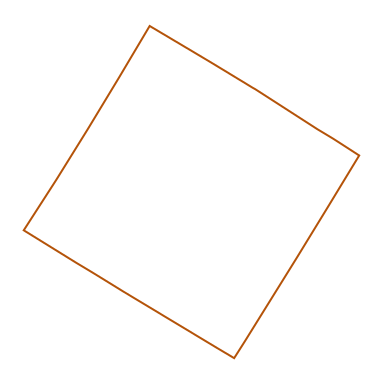 outline of Jefferson, Wisconsin, United States of America, rotated 211°
{"feature_id": "52423323B37691969207110", "entity_name": "Jefferson", "entity_type": "district", "adm_level": 2, "iso_a3": "USA", "parent_name": "United States of America", "parent_adm1": "Wisconsin", "projection": "equal_earth", "projection_center": [-88.78, 43.02], "detail": "fine", "context": "isolated", "style": "outline", "palette": "amber", "viewbox_px": 384, "rotation_deg": 211, "n_neighbors": 0, "source": "geoboundaries", "source_scale": "gbopen_adm2", "svg_char_len": 402}
<svg xmlns="http://www.w3.org/2000/svg" viewBox="0 0 384 384"><g transform="rotate(211 192 192)"><path d="M70.3,71.3L69.8,91.0L68.3,189.7L67.8,249.7L67.5,309.4L98.6,310.4L117.0,310.4L190.9,312.7L193.7,312.6L232.1,312.8L252.4,312.8L313.8,312.5L313.5,252.7L313.7,192.5L314.6,132.5L316.5,72.5L254.9,71.7L234.3,71.7L199.9,71.3L90.2,71.2L70.3,71.3Z" fill="none" stroke="#b45309" stroke-width="2"/></g></svg>